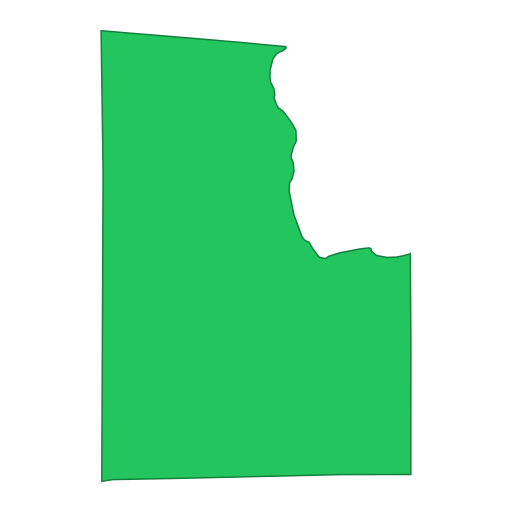 Baker, Florida, United States of America (Equal Earth projection)
{"feature_id": "52423323B7766336727769", "entity_name": "Baker", "entity_type": "district", "adm_level": 2, "iso_a3": "USA", "parent_name": "United States of America", "parent_adm1": "Florida", "projection": "equal_earth", "projection_center": [-82.214, 30.36], "detail": "fine", "context": "isolated", "style": "filled", "palette": "green", "viewbox_px": 512, "rotation_deg": 0, "n_neighbors": 0, "source": "geoboundaries", "source_scale": "gbopen_adm2", "svg_char_len": 916}
<svg xmlns="http://www.w3.org/2000/svg" viewBox="0 0 512 512"><path d="M101.1,30.7L103.1,173.0L101.9,452.9L101.8,481.3L112.9,479.6L176.6,478.4L340.4,474.6L410.8,474.5L410.8,430.4L410.9,343.3L410.3,253.8L410.2,253.9L402.6,255.9L396.2,257.1L386.7,257.4L376.5,255.5L371.1,250.9L371.4,249.6L370.6,248.4L368.8,247.9L360.1,248.9L339.8,252.8L328.6,256.3L325.9,258.4L323.3,258.2L319.6,257.3L318.5,256.4L312.1,247.6L309.2,242.4L304.7,240.2L302.3,237.3L293.9,214.7L289.2,191.3L289.6,183.0L292.1,178.7L294.0,171.2L293.4,163.9L292.4,160.2L291.3,158.7L291.2,155.1L293.5,146.7L296.3,141.1L295.9,130.3L292.1,123.6L287.3,116.7L283.0,111.2L278.1,107.6L276.7,105.1L274.1,98.0L274.8,94.5L273.8,88.5L270.6,82.2L270.0,78.1L270.1,70.3L272.9,58.9L276.4,54.1L279.6,51.9L283.0,50.7L286.1,48.1L285.8,46.6L259.4,44.2L253.2,43.5L231.1,41.6L165.2,36.0L132.0,33.3L101.3,30.7L101.1,30.7Z" fill="#22c55e" stroke="#15803d" stroke-width="1.5"/></svg>